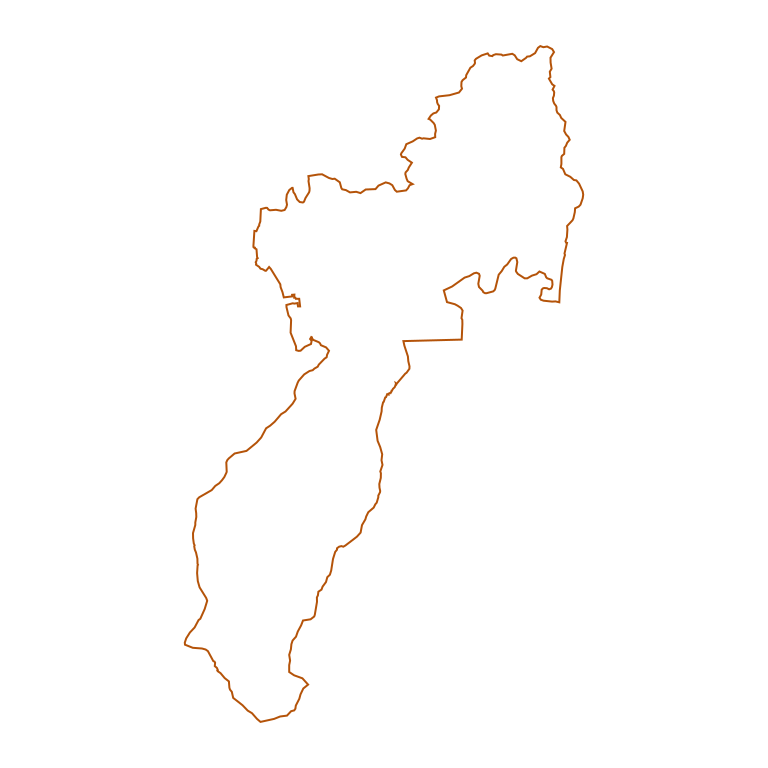 Hoghilag, Sibiu, Romania (orthographic projection)
{"feature_id": "2599482B10102156150057", "entity_name": "Hoghilag", "entity_type": "district", "adm_level": 2, "iso_a3": "ROU", "parent_name": "Romania", "parent_adm1": "Sibiu", "projection": "orthographic", "projection_center": [24.623, 46.211], "detail": "fine", "context": "isolated", "style": "outline", "palette": "amber", "viewbox_px": 768, "rotation_deg": 0, "n_neighbors": 0, "source": "geoboundaries", "source_scale": "gbopen_adm2", "svg_char_len": 6076}
<svg xmlns="http://www.w3.org/2000/svg" viewBox="0 0 768 768"><path d="M207.2,600.8L204.7,609.0L200.3,618.8L198.6,620.0L194.6,627.5L189.9,632.5L186.2,638.4L184.8,642.6L185.0,644.7L192.8,647.8L202.0,648.5L205.6,649.5L207.9,651.1L213.3,661.1L214.5,661.6L215.1,662.7L214.8,666.1L216.9,667.9L217.8,670.0L217.3,670.4L217.7,671.2L220.5,673.1L224.7,678.1L228.9,681.4L229.4,687.7L230.0,689.6L231.8,691.8L233.2,697.9L242.5,705.2L247.7,710.6L252.0,713.2L257.0,718.9L260.5,721.9L274.1,718.9L280.1,716.5L287.0,715.6L291.1,711.2L294.2,710.4L295.4,708.7L295.8,705.6L299.3,698.8L300.5,694.4L303.3,688.5L308.1,684.6L302.4,678.3L294.1,675.3L289.2,672.0L289.2,665.1L290.1,660.6L289.2,654.9L290.9,649.3L291.4,644.2L292.6,640.5L296.0,636.7L297.8,631.5L301.1,625.4L303.0,620.5L310.6,619.3L314.2,616.5L314.8,614.8L317.0,601.8L316.9,597.4L317.9,595.4L318.4,591.7L321.5,589.6L322.6,586.6L326.0,582.0L327.3,577.2L329.9,574.7L331.2,570.5L333.0,559.0L335.2,551.9L337.0,549.7L337.0,548.3L339.1,546.7L341.4,546.1L343.3,546.7L345.4,545.5L356.9,536.7L360.6,532.6L362.0,525.1L365.4,519.3L366.2,516.5L368.3,512.2L373.7,507.6L375.3,504.3L376.7,502.7L378.3,497.3L378.3,495.6L380.0,492.3L380.2,491.0L379.5,487.7L379.3,484.0L380.8,477.9L380.9,473.2L380.3,471.5L382.5,464.9L381.5,460.2L382.2,454.3L380.2,447.1L377.6,440.8L376.2,429.9L379.7,419.7L381.6,411.4L381.8,407.6L383.1,402.3L383.7,401.9L385.2,397.5L386.0,397.2L387.2,394.2L388.6,394.6L388.6,393.6L390.2,392.9L391.5,391.6L391.7,389.9L391.7,391.1L393.0,388.8L394.7,387.2L395.7,384.5L395.9,385.1L396.3,384.6L395.9,383.3L396.6,383.8L405.3,373.6L406.5,372.8L409.4,368.8L409.5,366.3L408.3,361.2L407.9,356.4L404.4,345.7L403.4,341.1L461.7,339.6L462.4,324.0L462.3,319.8L461.5,318.2L462.6,310.6L461.0,308.0L457.6,305.7L454.8,304.2L447.0,302.1L443.8,290.4L452.1,286.5L464.6,277.6L469.3,276.1L473.9,273.3L476.4,272.7L479.0,273.8L479.7,275.8L478.3,283.8L479.0,287.0L482.6,290.7L483.3,292.2L485.1,293.2L486.5,293.2L493.2,291.4L494.7,290.0L495.3,288.6L498.7,274.7L501.7,271.1L504.3,266.8L507.2,264.5L511.1,259.0L513.4,257.7L515.2,257.6L516.4,258.3L517.3,262.1L515.9,270.7L516.1,271.5L517.8,273.9L524.6,278.3L527.3,278.3L532.0,275.6L536.5,274.2L539.4,271.5L544.8,273.9L546.2,277.3L547.2,278.3L551.5,279.8L552.2,280.9L552.5,284.6L551.9,287.1L551.0,288.6L549.1,289.3L546.9,288.2L544.3,288.0L543.2,288.2L541.7,289.6L541.2,294.6L539.5,297.7L540.8,299.7L543.6,300.7L552.1,301.6L555.5,301.4L559.3,302.3L559.8,290.5L562.3,267.0L563.8,258.8L565.0,255.0L564.5,253.5L567.0,242.9L566.1,242.7L565.5,241.3L566.9,237.1L567.4,229.6L567.1,226.0L572.5,220.3L573.4,218.4L574.8,212.2L575.1,208.3L578.7,206.6L580.5,204.7L582.7,198.3L583.2,194.7L582.7,191.4L579.1,183.7L576.4,180.4L573.9,180.0L570.3,176.8L565.3,174.3L563.0,168.9L560.8,167.4L561.4,164.0L561.4,157.1L561.9,155.9L564.2,153.9L564.4,147.8L565.9,145.9L567.2,142.7L569.7,139.8L568.4,136.9L566.1,134.5L564.2,131.0L565.5,121.9L561.2,117.9L559.9,115.0L557.3,112.6L556.5,110.2L556.5,107.1L556.0,105.8L554.2,103.5L553.2,100.9L552.9,98.1L553.9,95.7L554.2,92.4L553.8,91.1L552.6,89.6L554.5,85.9L552.2,84.3L548.9,78.6L550.4,77.1L549.8,71.7L551.6,68.7L550.6,62.6L550.5,57.7L554.0,52.1L552.2,49.1L547.1,46.5L543.4,47.2L540.3,46.1L538.0,47.8L535.1,53.1L529.9,56.3L527.1,56.6L526.0,57.9L521.3,61.2L517.2,59.2L514.7,55.3L512.3,53.8L502.8,55.5L501.5,54.6L495.9,54.2L493.2,55.1L492.4,56.1L489.2,55.6L487.7,53.4L481.6,55.4L476.0,58.8L474.7,60.4L475.0,63.0L474.7,63.8L473.0,66.0L470.4,67.7L466.2,75.2L466.0,77.5L462.6,80.2L461.5,82.0L461.3,86.2L462.0,88.7L459.0,92.5L449.5,95.2L439.0,96.4L436.0,97.6L437.0,100.2L437.1,102.2L437.7,103.9L439.1,105.9L438.9,109.3L436.3,112.5L433.4,113.4L430.9,115.5L428.6,118.9L430.2,119.6L433.7,123.1L434.8,124.9L435.9,130.6L435.1,133.9L435.2,137.2L430.0,139.0L423.5,138.3L422.1,138.7L419.5,137.7L417.2,138.4L412.7,141.4L406.3,144.2L404.7,148.6L401.3,153.3L400.9,154.5L402.0,156.9L405.5,157.3L407.6,159.8L411.9,162.7L408.8,167.5L407.8,170.0L405.6,172.4L405.3,174.0L406.6,178.7L407.7,181.2L412.6,184.1L409.6,185.2L407.9,188.4L406.1,190.4L396.8,191.7L394.9,190.0L392.3,185.2L389.4,183.4L385.7,182.4L378.5,185.6L375.5,189.1L365.7,189.5L360.5,193.1L356.2,191.8L350.0,192.4L345.9,190.1L342.2,189.3L341.3,187.9L339.8,182.3L334.7,178.7L332.4,179.0L329.0,178.0L322.1,174.3L318.3,174.5L308.4,176.1L308.8,179.1L308.5,181.1L309.6,188.2L309.5,190.8L309.1,192.3L305.5,198.0L304.0,201.7L302.9,202.5L299.7,202.0L297.1,199.4L294.9,194.1L293.5,192.3L292.6,187.9L292.0,187.9L289.3,190.0L286.8,194.7L286.2,200.0L287.0,204.7L286.3,207.2L284.6,210.0L281.3,210.8L276.0,209.8L270.0,210.3L268.5,209.6L267.1,207.9L265.9,207.8L260.9,209.1L260.3,221.5L259.2,224.5L259.2,225.8L258.5,226.4L256.4,231.2L254.4,230.9L253.4,246.2L253.5,247.1L254.8,247.6L254.6,248.2L256.5,249.3L257.1,257.2L257.7,258.1L256.7,258.8L256.5,260.8L255.7,262.2L256.2,263.4L256.0,264.7L259.2,266.9L260.5,268.7L262.6,269.2L265.3,270.8L266.1,270.7L269.1,267.0L270.8,268.9L280.3,284.3L280.6,287.1L282.5,292.2L283.8,297.4L292.2,296.4L292.1,294.8L294.4,294.6L294.2,297.7L295.4,297.7L295.8,298.8L299.2,298.8L300.1,306.4L298.0,306.4L297.5,303.1L294.4,303.6L292.7,303.3L286.4,305.0L286.5,307.2L288.5,315.5L290.7,318.4L291.1,320.2L290.6,332.7L296.0,346.3L296.2,350.2L298.6,350.9L300.6,350.7L304.8,346.8L311.0,344.0L311.6,340.9L310.1,339.0L311.3,337.0L311.9,337.3L312.1,338.4L313.3,339.9L318.8,342.2L320.0,343.3L320.9,345.2L326.1,347.4L329.0,350.8L327.1,354.7L326.6,357.3L324.6,358.6L318.8,364.6L317.7,366.7L314.4,368.6L312.7,370.2L309.5,371.0L304.2,374.4L298.8,380.5L297.7,382.6L294.6,391.1L294.5,393.4L295.6,398.8L292.6,403.7L285.5,411.5L281.1,414.2L274.7,421.7L270.1,425.7L266.1,428.3L261.2,437.5L256.6,442.6L246.5,450.9L234.6,453.5L228.8,458.4L227.3,460.1L226.3,462.4L226.7,471.8L226.3,472.9L224.3,477.1L222.0,480.2L219.3,483.2L215.3,485.9L211.7,490.1L199.2,497.3L197.4,499.2L195.6,508.6L196.2,513.2L196.3,517.0L195.3,522.5L195.3,525.0L193.0,533.1L193.1,538.3L193.8,543.5L194.6,545.3L194.2,546.2L194.8,549.6L196.0,552.5L197.4,558.7L197.5,563.6L198.0,564.8L197.6,565.3L197.1,573.1L197.8,581.1L199.6,587.4L206.2,598.0L207.2,600.8Z" fill="none" stroke="#b45309" stroke-width="2"/></svg>